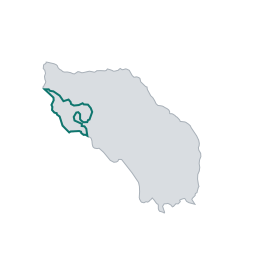 location of Borsod-Abaúj-Zemplén within Hungary, rotated 235°
{"feature_id": "HUN-3168", "entity_name": "Borsod-Abaúj-Zemplén", "entity_type": "County", "adm_level": 1, "iso_a3": "HUN", "parent_name": "Hungary", "parent_adm1": "", "projection": "robinson", "projection_center": [21.025, 48.121], "detail": "coarse", "context": "in_parent", "style": "outline", "palette": "teal", "viewbox_px": 256, "rotation_deg": 235, "n_neighbors": 0, "source": "natural_earth", "source_scale": "10m", "svg_char_len": 3198}
<svg xmlns="http://www.w3.org/2000/svg" viewBox="0 0 256 256"><g transform="rotate(235 128 128)"><path d="M206.7,81.8L209.5,81.5L210.3,81.7L210.8,83.4L210.9,83.5L211.6,84.7L212.2,86.2L213.2,87.3L215.4,87.8L218.2,89.2L220.1,91.8L222.9,92.9L223.1,93.0L223.6,92.8L225.6,92.8L226.0,93.3L227.6,94.6L228.3,95.7L228.0,96.9L228.3,98.3L228.9,98.8L228.1,99.7L223.0,104.3L221.0,105.5L219.6,105.8L217.5,105.3L215.3,105.6L213.4,106.6L211.6,106.9L210.2,108.1L208.5,110.6L206.3,112.7L204.1,114.0L203.0,115.2L202.9,119.3L201.7,120.5L200.0,121.6L199.2,122.7L196.7,128.9L194.8,130.8L193.0,132.4L192.7,133.7L192.8,135.3L190.7,138.5L188.1,141.8L187.6,143.2L188.2,145.0L185.6,147.1L184.1,148.1L182.9,148.6L182.1,149.9L180.9,153.1L181.2,154.5L181.2,155.8L179.1,156.6L178.4,158.0L177.9,159.8L177.0,160.7L174.5,162.1L168.5,161.5L166.2,162.0L165.5,163.1L165.3,163.9L164.6,164.7L163.2,165.7L161.8,166.2L158.6,164.9L151.8,166.2L150.6,167.1L149.7,166.5L148.2,165.9L141.4,165.1L138.7,165.7L135.2,165.5L131.8,164.9L129.4,165.4L127.1,167.9L126.1,168.8L125.2,169.3L123.3,170.1L121.7,171.0L119.6,171.7L117.8,171.6L116.0,170.5L115.4,170.8L114.8,171.8L113.9,172.6L111.2,173.7L110.5,173.7L110.4,173.7L108.4,174.5L105.0,174.9L103.4,174.6L100.3,178.1L99.3,178.7L96.4,179.8L94.1,180.3L92.0,179.9L91.2,179.9L82.2,179.7L77.5,178.9L74.5,177.6L72.6,176.0L71.6,174.4L69.3,173.3L65.6,173.0L62.8,171.3L60.8,168.3L58.1,165.9L54.6,164.2L51.9,161.7L49.9,158.5L46.3,155.7L41.0,153.1L39.4,152.6L39.1,151.7L36.6,148.6L35.5,147.4L35.7,145.8L35.2,145.0L34.2,144.3L33.8,142.1L33.5,140.4L32.8,139.3L27.1,139.1L32.0,135.0L34.4,133.9L37.1,134.1L38.0,133.7L38.2,133.2L38.7,131.8L39.0,130.6L39.3,129.4L39.0,128.8L37.7,128.6L37.1,125.7L37.8,124.6L38.5,123.8L37.7,120.3L38.0,119.1L40.2,119.0L42.0,118.2L43.4,117.4L43.8,116.3L45.1,114.1L44.0,111.4L37.9,109.6L37.6,108.9L39.1,108.2L40.6,107.1L41.5,106.2L42.7,106.1L44.4,106.5L47.3,108.5L48.4,108.8L49.5,108.2L50.7,108.1L54.0,108.1L56.8,107.7L56.2,105.6L56.2,104.1L55.8,102.9L56.1,101.5L57.3,100.5L57.6,98.2L59.4,96.6L60.2,96.4L63.2,96.7L63.9,97.1L64.4,97.2L69.2,101.0L73.7,103.9L77.4,105.4L82.9,105.5L88.8,105.6L98.6,105.1L105.9,104.7L106.4,104.0L107.6,102.3L106.7,100.8L106.8,99.1L108.0,96.8L111.7,94.9L122.0,94.1L128.0,92.7L128.9,90.8L130.9,88.9L132.7,88.5L135.2,89.4L138.2,91.1L140.8,91.9L142.3,91.4L147.6,88.6L153.7,85.8L157.9,78.4L158.3,77.2L162.8,76.4L169.4,76.5L172.8,77.5L175.3,78.0L179.1,77.9L184.6,76.3L186.6,76.3L188.2,77.4L189.9,78.4L191.1,79.6L192.0,81.3L192.5,81.9L193.2,82.8L194.6,83.9L196.0,84.3L206.1,82.2L206.7,81.8Z" fill="#d9dde1" stroke="#a8b0b8" stroke-width="1"/><path d="M167.5,75.7L176.6,78.6L179.8,77.5L181.1,78.1L182.8,76.5L186.3,76.1L188.7,78.2L190.8,78.5L193.3,83.0L195.7,84.4L207.5,81.9L205.2,85.2L203.2,85.4L200.8,87.9L193.7,90.6L187.0,90.5L185.4,95.6L182.2,95.9L180.3,95.1L177.4,96.6L175.0,100.9L174.3,105.0L172.7,105.3L170.1,108.6L165.7,108.9L161.7,107.9L157.0,101.3L157.4,99.8L156.2,98.0L158.3,94.8L160.9,93.9L162.7,93.8L166.8,96.7L169.5,96.3L170.3,94.5L168.2,89.9L164.8,88.5L157.8,92.6L156.2,91.2L154.3,93.3L151.3,93.4L144.9,90.2L146.9,89.3L147.8,87.7L150.6,86.8L151.9,87.4L153.4,86.4L158.1,79.0L158.1,77.3L167.5,75.7Z" fill="none" stroke="#0f766e" stroke-width="2"/></g></svg>